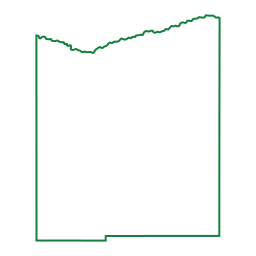 the district of Kittson, Minnesota, United States of America, rotated 90°
{"feature_id": "52423323B36938484701333", "entity_name": "Kittson", "entity_type": "district", "adm_level": 2, "iso_a3": "USA", "parent_name": "United States of America", "parent_adm1": "Minnesota", "projection": "mercator", "projection_center": [-97.14, 48.772], "detail": "fine", "context": "isolated", "style": "outline", "palette": "green", "viewbox_px": 256, "rotation_deg": 90, "n_neighbors": 0, "source": "geoboundaries", "source_scale": "gbopen_adm2", "svg_char_len": 2235}
<svg xmlns="http://www.w3.org/2000/svg" viewBox="0 0 256 256"><g transform="rotate(90 128 128)"><path d="M240.5,219.5L240.6,150.3L236.0,150.3L235.9,36.7L120.3,36.6L18.1,36.4L17.4,37.7L17.4,38.2L17.7,39.3L17.6,40.1L16.7,41.1L15.9,42.4L15.6,43.6L15.7,46.6L15.4,49.2L15.4,50.1L15.8,50.6L17.1,51.2L17.4,51.7L17.6,52.4L17.6,53.4L17.2,56.5L17.2,57.2L18.4,58.4L18.6,59.4L18.7,61.3L19.2,63.2L20.8,64.1L21.1,64.8L21.1,65.7L20.7,66.9L20.7,68.0L21.0,68.9L22.3,69.6L22.8,70.2L22.9,71.3L22.4,72.9L22.4,73.6L22.9,75.1L23.7,75.8L26.0,76.9L26.3,77.5L26.2,79.3L25.7,80.5L26.3,82.2L26.3,83.0L26.0,84.0L26.3,84.8L28.2,86.7L29.0,87.1L29.4,87.6L29.5,88.1L29.1,89.9L29.1,90.5L29.6,91.0L30.4,91.5L31.0,92.3L31.3,94.2L32.2,95.7L32.2,97.0L31.8,97.9L31.7,98.4L32.5,100.0L32.7,101.7L32.5,102.1L32.2,102.5L30.9,103.3L30.7,103.9L30.8,105.4L31.6,107.1L31.0,109.7L31.4,110.7L31.8,111.4L32.6,112.2L34.1,112.7L34.8,113.2L35.0,113.8L35.0,114.2L34.7,115.0L34.7,115.6L35.3,117.3L35.4,119.1L35.5,119.9L36.0,120.4L36.8,120.6L37.1,121.1L36.9,122.0L36.9,123.5L37.1,123.9L37.9,124.3L38.1,124.7L37.9,126.0L37.7,126.4L37.6,126.9L37.7,127.3L37.9,127.8L38.3,128.1L39.6,130.7L39.6,131.6L38.6,134.2L38.7,134.9L38.9,135.2L40.8,136.8L41.7,138.5L41.7,141.9L41.9,142.5L42.8,143.3L43.0,143.8L42.9,145.3L42.6,146.1L42.8,146.6L43.1,147.1L45.2,148.7L45.7,149.5L46.6,151.7L47.9,153.4L47.7,155.2L47.1,155.9L47.3,157.0L49.9,160.6L52.5,162.2L52.8,162.7L52.9,163.1L52.8,163.6L52.2,164.7L52.0,165.4L52.2,168.7L52.2,170.0L51.8,170.5L51.5,171.3L52.0,172.4L52.0,173.8L51.7,174.7L51.0,175.4L50.6,176.2L50.1,178.1L49.2,179.4L49.0,180.1L49.6,181.7L50.0,183.5L49.9,184.2L49.7,184.6L49.1,185.1L48.2,185.3L46.7,184.8L45.5,185.3L45.3,185.6L45.3,186.4L45.8,187.1L45.8,187.9L45.6,188.6L45.4,188.9L44.2,188.8L43.9,189.6L44.1,190.6L43.9,191.6L43.5,191.9L42.6,191.9L42.3,192.3L42.1,193.5L42.3,194.3L42.1,195.5L41.4,197.2L40.9,197.9L40.6,198.4L40.6,199.4L41.0,200.2L41.2,200.9L40.8,203.7L40.6,204.3L40.3,204.6L39.4,204.8L39.0,205.4L39.1,206.5L39.3,207.2L39.2,208.4L39.1,209.3L38.5,210.2L37.0,210.8L36.7,211.6L36.6,213.2L36.8,213.7L37.3,214.4L37.9,214.8L38.4,215.6L38.3,216.3L38.0,216.7L37.4,216.7L36.1,217.5L35.8,218.0L35.6,218.5L35.5,219.6L240.5,219.5Z" fill="none" stroke="#15803d" stroke-width="2"/></g></svg>